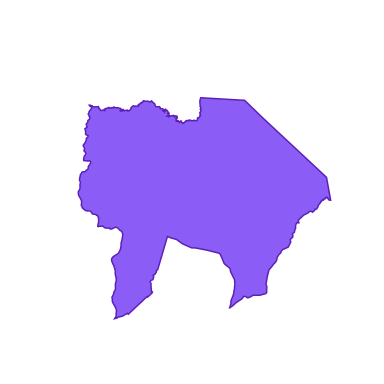 Chikankanta, Southern, Zambia, rotated 243°
{"feature_id": "96606910B6098711564137", "entity_name": "Chikankanta", "entity_type": "district", "adm_level": 2, "iso_a3": "ZMB", "parent_name": "Zambia", "parent_adm1": "Southern", "projection": "natural_earth1", "projection_center": [28.303, -16.032], "detail": "fine", "context": "isolated", "style": "filled", "palette": "violet", "viewbox_px": 384, "rotation_deg": 243, "n_neighbors": 0, "source": "geoboundaries", "source_scale": "gbopen_adm2", "svg_char_len": 6063}
<svg xmlns="http://www.w3.org/2000/svg" viewBox="0 0 384 384"><g transform="rotate(243 192 192)"><path d="M316.0,139.8L315.4,139.8L313.7,140.8L312.8,140.8L312.1,140.5L310.3,136.7L309.6,136.4L308.7,135.0L307.9,134.8L306.9,135.0L305.8,134.7L305.4,135.1L304.8,134.6L304.0,134.4L303.5,133.7L302.9,131.6L301.5,130.8L300.6,128.6L299.4,128.4L298.8,128.0L297.3,127.9L297.0,125.3L294.5,124.8L291.8,123.4L290.7,123.8L289.7,125.0L289.4,125.1L289.0,124.9L288.2,124.0L287.8,122.2L286.4,121.5L284.9,119.7L283.7,117.7L283.4,116.8L282.8,116.1L279.7,116.1L277.6,114.4L276.9,115.0L276.2,114.8L274.8,115.1L273.4,113.6L273.0,112.4L270.6,110.4L269.2,109.8L266.8,113.3L266.3,115.0L265.2,115.4L264.2,115.0L263.7,114.6L261.7,111.0L260.3,110.5L259.4,109.1L259.3,107.4L258.8,106.6L258.6,105.9L259.5,104.0L259.6,103.3L259.5,102.7L258.7,101.8L258.4,100.7L254.1,97.3L253.4,97.1L251.3,97.0L249.1,95.3L246.7,94.3L245.2,93.0L244.1,91.1L243.5,90.6L241.4,89.7L240.0,89.5L236.1,89.7L234.1,89.5L232.0,88.4L230.4,87.3L227.3,87.2L223.8,88.7L223.2,89.6L222.5,90.2L222.4,90.8L221.5,92.4L220.4,93.0L217.7,93.3L216.2,95.3L215.3,96.2L214.4,96.4L214.2,96.9L213.1,97.3L212.0,96.9L211.7,97.1L207.5,95.1L206.1,93.7L204.1,92.4L203.6,92.9L203.7,93.4L202.2,96.8L201.3,97.4L200.0,97.8L198.5,99.6L197.6,101.9L196.6,102.0L195.9,102.7L195.5,103.8L195.4,107.0L195.1,108.3L193.6,109.5L190.3,110.5L189.0,111.5L185.8,111.2L182.3,108.8L178.5,105.5L176.6,104.6L174.0,102.7L172.6,101.2L170.7,98.5L170.2,92.5L169.1,90.2L168.5,89.7L166.8,89.1L163.4,88.8L162.3,89.0L156.7,87.9L153.6,86.3L148.9,85.1L146.6,83.6L144.7,81.8L142.7,81.0L140.1,79.6L139.5,78.9L138.5,77.2L136.1,75.2L134.6,72.9L132.8,72.4L131.1,71.5L129.7,71.2L123.3,71.4L120.7,70.9L117.8,69.0L116.4,68.4L115.5,67.7L114.3,65.5L113.7,68.1L114.1,69.1L112.9,73.6L113.3,79.3L112.0,79.7L119.2,104.5L118.5,104.8L120.2,110.7L120.8,111.2L120.9,110.5L125.5,112.2L129.3,114.0L130.9,113.9L131.2,114.0L131.7,114.8L131.7,117.4L133.5,119.2L134.2,119.5L135.2,119.5L135.5,119.9L135.5,121.7L137.0,124.0L138.0,124.3L138.5,126.3L163.5,149.9L160.8,152.2L156.8,156.6L150.3,159.9L142.5,166.2L140.5,169.8L133.4,178.9L125.1,188.4L124.3,188.8L120.8,188.8L114.1,188.2L112.9,188.4L106.8,191.1L105.2,190.8L103.5,190.2L94.3,190.1L91.9,188.9L90.3,188.4L88.5,187.0L86.4,185.9L85.5,185.0L82.1,182.6L77.2,177.2L75.0,176.1L71.8,173.0L71.7,173.7L72.3,177.4L73.4,181.1L74.1,188.0L75.6,190.7L74.2,192.7L72.8,193.2L72.3,193.7L72.0,197.5L72.3,199.1L72.3,199.5L69.3,205.3L68.0,211.3L68.4,212.8L74.2,215.9L75.9,215.8L82.5,220.7L87.6,225.2L89.8,230.3L90.6,231.8L91.5,234.6L93.3,237.0L94.8,237.8L96.6,240.7L97.6,243.6L98.6,244.5L99.5,246.5L99.2,252.7L102.6,257.3L105.0,257.8L106.0,261.2L107.5,262.2L108.7,262.2L109.3,263.1L109.7,265.0L111.7,266.6L112.7,267.9L114.5,268.7L116.2,270.1L117.0,271.5L116.0,273.2L116.3,273.3L116.7,273.1L116.8,273.4L117.4,273.4L118.4,273.9L119.3,275.8L119.7,277.7L120.7,281.1L120.7,286.3L121.1,287.2L121.1,289.2L120.3,289.5L119.8,290.5L119.3,290.5L119.7,291.5L119.8,292.6L120.8,294.1L120.5,294.4L120.3,295.6L120.8,296.0L121.4,297.3L122.0,297.6L122.4,298.3L122.8,298.5L123.8,300.9L124.2,301.2L124.3,301.7L125.0,302.3L124.8,302.8L125.2,303.0L125.7,304.3L125.6,304.6L125.2,304.5L125.1,305.2L125.5,305.5L125.4,306.1L125.8,306.2L125.5,307.6L126.1,308.3L125.9,308.7L126.3,309.4L125.7,309.7L125.5,310.2L124.5,310.1L122.8,310.4L122.5,311.2L122.0,311.2L121.7,311.8L144.0,318.5L227.0,288.3L249.8,280.5L272.0,242.6L271.0,241.5L269.0,240.0L265.4,238.6L264.8,238.1L263.8,238.4L263.5,238.1L263.0,238.0L262.7,237.6L262.1,237.6L262.0,237.3L261.8,237.5L261.3,237.1L260.9,237.2L259.6,236.0L259.3,235.1L258.9,235.2L258.1,234.6L257.7,234.7L257.4,234.4L256.9,234.4L256.8,234.2L256.4,234.3L256.2,233.5L255.6,233.2L255.2,231.6L255.5,230.5L254.8,230.1L254.5,230.2L254.2,229.7L253.5,229.1L253.4,228.8L253.7,227.9L254.2,227.3L254.2,226.9L254.7,226.4L255.1,226.3L255.1,225.3L255.7,223.8L256.5,223.5L256.6,222.8L257.2,222.4L257.0,222.1L257.4,221.9L257.2,221.3L257.9,220.1L257.6,219.6L258.1,219.3L257.9,218.9L258.1,218.5L257.2,216.5L257.5,216.2L257.7,215.3L256.8,214.8L257.8,214.9L259.4,214.2L259.8,214.6L260.1,214.1L260.4,214.2L260.4,213.2L259.8,212.3L260.7,212.1L261.1,211.8L261.7,212.0L261.8,211.5L262.2,211.6L262.5,211.0L261.8,210.7L262.1,210.1L262.5,210.0L263.0,210.5L263.7,210.6L265.2,211.5L265.1,212.1L264.5,212.1L264.7,212.6L265.1,212.5L265.7,212.9L266.3,212.4L266.7,212.7L267.5,211.4L268.1,210.8L267.9,210.6L267.2,210.8L267.0,210.6L268.0,210.1L268.7,210.1L269.0,208.7L269.5,207.7L269.5,207.2L270.7,206.4L269.5,206.0L269.4,205.5L270.4,205.2L270.9,204.2L271.9,206.8L272.4,207.3L272.8,206.5L273.2,206.1L273.8,207.1L276.1,206.8L276.4,206.2L277.4,206.1L276.5,205.1L276.9,204.8L276.7,204.3L276.2,204.2L275.9,203.8L276.7,203.9L277.1,202.9L277.6,202.9L277.4,204.0L277.9,204.8L278.6,204.2L278.6,203.8L279.3,203.6L279.9,203.1L280.5,201.6L281.4,202.0L282.8,201.8L283.8,199.5L284.2,199.0L285.5,198.4L287.2,198.8L288.0,198.7L289.1,197.9L291.3,197.5L291.6,197.2L291.6,196.7L291.2,196.3L291.3,195.2L293.0,194.0L294.0,191.6L295.2,190.5L295.3,190.0L294.2,188.4L294.7,187.7L294.3,187.0L294.6,186.9L294.5,186.4L294.0,185.4L294.0,185.1L294.3,184.9L294.0,183.6L293.2,183.6L292.7,182.9L293.3,182.3L293.4,181.8L293.9,181.2L294.2,180.6L294.1,180.1L294.6,179.4L295.2,179.3L295.4,178.9L295.4,178.0L294.8,175.9L293.6,175.2L293.1,173.6L293.0,172.0L294.0,171.8L293.8,171.4L293.8,171.0L294.5,170.9L294.7,170.5L295.1,168.9L295.7,168.0L295.7,167.3L296.5,167.5L296.7,168.2L296.9,168.1L296.8,167.2L296.2,166.8L296.1,166.3L296.7,165.6L296.4,165.1L297.2,164.9L297.6,165.3L297.8,166.3L298.8,166.4L299.5,165.4L300.9,164.3L301.0,163.3L302.2,161.9L302.3,161.2L303.2,161.0L303.2,160.6L302.8,159.8L303.6,159.0L303.4,158.5L303.8,158.0L303.7,157.2L304.2,156.6L304.8,156.6L305.1,156.4L304.9,154.9L305.2,154.7L305.6,152.9L305.5,151.5L305.4,151.2L305.0,151.5L304.3,151.6L304.2,151.2L304.3,150.8L305.0,150.6L305.6,149.5L305.5,148.4L306.2,147.6L307.9,147.5L308.9,146.9L309.7,147.4L310.7,147.3L310.9,146.2L312.6,143.0L313.0,142.4L314.1,142.2L314.6,141.3L315.2,141.1L315.7,140.6L316.0,139.8Z" fill="#8b5cf6" stroke="#5b21b6" stroke-width="1.5"/></g></svg>